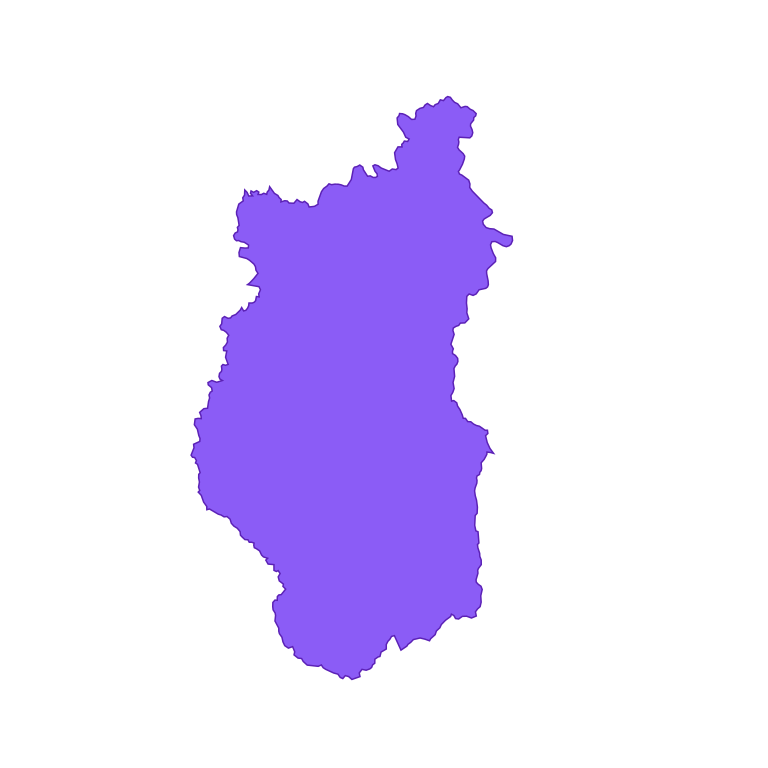 Torixoréu, Mato Grosso, Brazil, rotated 321°
{"feature_id": "56859067B4494078996618", "entity_name": "Torixoréu", "entity_type": "district", "adm_level": 2, "iso_a3": "BRA", "parent_name": "Brazil", "parent_adm1": "Mato Grosso", "projection": "equal_earth", "projection_center": [-52.851, -16.299], "detail": "fine", "context": "isolated", "style": "filled", "palette": "violet", "viewbox_px": 768, "rotation_deg": 321, "n_neighbors": 0, "source": "geoboundaries", "source_scale": "gbopen_adm2", "svg_char_len": 6171}
<svg xmlns="http://www.w3.org/2000/svg" viewBox="0 0 768 768"><g transform="rotate(321 384 384)"><path d="M173.1,593.4L181.2,596.3L182.9,593.0L187.3,591.9L190.0,595.2L193.7,596.5L196.0,596.5L198.4,595.1L201.1,595.2L203.7,592.1L207.6,592.4L209.4,593.2L213.0,590.5L219.0,591.4L221.8,587.9L225.2,586.4L227.8,586.1L231.0,584.9L233.7,586.1L229.7,601.5L236.8,602.1L238.8,601.4L242.1,601.6L246.0,601.1L252.2,604.1L255.2,608.0L257.8,612.2L260.0,611.3L266.0,611.0L269.3,608.9L274.0,608.6L277.2,607.0L283.2,606.3L289.5,606.6L291.5,605.3L292.6,607.8L292.0,611.3L294.1,613.6L298.7,613.9L302.1,616.5L304.7,620.9L309.7,622.4L311.7,618.6L315.1,617.7L318.6,617.5L322.2,614.7L325.9,609.5L331.0,605.5L332.1,602.2L331.2,599.0L331.0,596.1L332.3,594.1L337.9,590.2L339.7,587.6L341.5,586.7L345.9,585.6L348.8,581.9L350.0,578.2L351.8,575.8L353.9,570.3L355.6,567.6L357.7,567.3L364.1,558.0L363.0,555.9L365.5,551.0L372.1,543.6L375.0,543.1L379.1,538.5L382.8,532.5L384.6,528.3L387.1,524.1L389.4,522.1L393.7,519.5L395.6,517.5L396.7,515.3L398.4,514.0L401.3,514.4L402.9,512.9L404.9,512.5L406.7,511.1L409.9,506.4L414.4,505.6L417.1,504.5L419.6,503.4L421.2,501.7L423.7,504.3L425.5,506.8L425.8,500.7L427.4,494.4L430.4,488.1L433.6,487.8L435.3,485.0L433.5,483.6L431.6,476.9L429.7,474.4L428.4,471.5L427.7,468.0L425.4,465.9L425.7,462.0L424.0,460.5L425.4,457.2L426.9,451.7L427.3,447.4L428.7,444.4L427.8,440.8L425.8,439.8L428.7,435.1L432.2,433.8L435.6,431.7L438.6,426.3L443.7,422.5L448.1,416.0L450.8,414.8L453.0,414.5L455.6,413.0L457.4,410.4L457.5,406.8L456.4,403.5L458.0,401.5L460.0,400.3L461.0,395.2L469.7,389.6L471.3,385.7L473.1,384.1L476.2,384.5L478.9,385.5L481.6,384.7L485.3,387.4L490.9,386.7L493.2,380.7L495.9,377.9L499.0,373.0L503.5,368.0L506.8,367.6L509.0,371.2L512.3,372.0L517.2,370.6L523.3,373.7L525.6,373.7L527.6,372.5L529.8,369.4L533.2,362.9L534.9,360.6L537.4,359.7L547.8,359.0L550.2,356.2L551.0,351.5L552.9,345.6L554.4,342.8L557.4,341.3L560.1,343.2L561.4,345.7L563.5,351.4L565.5,354.3L568.3,355.3L570.8,355.2L574.2,353.4L576.5,349.8L570.9,342.9L567.0,332.8L563.8,329.7L561.8,326.7L561.7,322.3L563.2,319.4L565.8,318.8L572.7,319.8L576.1,319.1L577.3,316.6L576.3,313.6L576.3,309.6L575.5,306.1L574.0,289.7L574.3,285.2L576.7,282.6L578.1,278.9L576.0,270.7L574.8,268.3L575.6,265.6L577.4,265.2L583.3,262.6L588.0,259.7L590.1,257.7L590.5,254.8L589.7,249.2L590.1,246.3L592.7,244.7L594.5,243.0L595.6,240.8L597.7,239.5L605.6,246.7L608.3,246.5L611.1,244.6L612.5,241.8L613.5,238.0L615.1,236.3L619.7,235.3L621.5,233.4L624.0,233.3L625.8,231.9L625.3,227.5L623.9,224.7L623.2,220.8L621.7,219.3L617.6,217.7L617.6,212.6L616.1,209.5L615.8,206.3L616.0,203.0L614.4,200.7L612.3,200.4L608.6,201.2L606.6,198.6L602.7,200.1L599.5,199.1L597.0,199.7L595.4,196.9L594.3,193.3L591.5,193.0L588.7,193.9L585.4,192.4L581.3,192.0L579.0,193.6L577.5,195.9L574.6,197.7L571.9,195.7L571.2,191.6L569.8,187.9L568.5,185.7L566.3,183.6L564.6,184.9L561.6,185.5L558.0,191.0L557.6,200.5L556.2,205.9L557.7,209.4L555.0,210.4L552.7,208.0L550.5,208.8L548.6,208.9L547.2,211.1L544.1,208.5L537.8,210.9L534.2,216.8L532.8,221.0L530.9,225.0L528.3,225.0L525.7,222.1L521.9,221.9L517.8,214.5L516.8,210.7L514.9,207.9L512.6,207.5L510.9,213.0L510.9,216.3L509.5,218.5L507.5,218.2L505.6,216.7L504.3,213.6L502.0,212.2L502.8,204.6L504.0,202.2L503.0,198.6L500.0,198.1L497.5,196.9L495.7,197.4L487.3,204.5L479.9,207.0L477.7,205.2L476.0,202.2L474.2,200.0L471.5,197.7L468.7,196.1L467.2,193.8L464.3,194.3L460.1,194.1L456.4,195.2L447.8,200.4L445.9,202.8L441.8,202.2L437.2,199.3L438.2,196.1L437.2,192.0L435.0,191.7L433.5,189.6L432.5,185.9L427.7,186.8L424.1,183.6L424.0,180.9L422.2,179.1L418.5,177.6L420.2,175.9L419.8,173.2L420.2,170.7L418.8,166.9L419.3,158.7L416.7,160.8L413.9,161.4L412.2,162.8L410.6,160.1L407.9,159.6L405.4,157.4L407.5,156.1L406.7,153.6L403.3,153.0L402.2,150.3L400.3,151.7L400.3,155.1L397.2,152.8L398.2,148.9L397.9,145.6L394.5,149.4L391.4,150.4L389.9,153.1L384.4,152.8L377.7,157.4L376.1,159.6L375.1,162.8L371.2,169.6L368.6,170.0L367.6,172.2L365.9,173.6L363.4,173.0L360.5,174.0L359.1,177.3L359.5,179.8L361.4,181.1L362.4,183.4L364.6,185.9L366.2,190.8L364.2,192.8L361.6,191.0L358.3,187.7L354.0,190.6L351.8,193.9L356.3,200.1L357.4,203.3L358.4,209.0L357.9,212.0L356.1,215.0L355.7,218.7L349.1,220.2L342.9,221.0L340.5,220.9L348.1,229.7L347.3,233.0L343.3,235.1L341.8,237.7L339.9,235.7L336.7,238.4L334.8,238.8L332.6,238.2L330.0,236.1L328.1,238.0L325.7,239.2L323.0,239.8L320.9,238.9L321.5,235.0L318.8,236.1L312.6,236.7L308.7,235.5L306.4,236.1L304.1,234.8L302.5,231.2L299.6,231.1L295.7,235.1L292.7,235.9L291.7,239.4L293.2,241.5L294.0,244.6L294.0,248.4L290.9,249.7L288.7,252.9L285.6,254.1L282.1,254.6L280.4,257.1L282.6,259.4L277.7,263.5L275.2,270.7L272.6,269.7L271.1,267.5L268.9,267.8L267.2,270.6L265.6,271.9L262.9,272.2L260.4,274.4L259.6,276.9L260.6,279.6L255.1,277.4L252.4,272.9L248.1,272.1L246.9,274.0L247.7,278.3L246.1,281.3L243.8,281.1L241.1,282.4L239.7,285.1L236.6,287.2L231.6,291.8L228.5,289.8L222.9,290.0L221.8,293.5L220.2,295.9L217.9,293.7L215.2,292.3L211.0,296.3L210.5,301.7L207.7,307.4L206.7,310.6L204.7,312.7L198.1,311.0L196.2,314.0L189.3,317.9L189.1,320.4L190.6,322.0L190.0,325.5L187.8,326.7L188.5,329.1L185.3,337.2L183.2,337.6L180.8,340.4L178.9,344.0L175.0,347.4L173.8,350.8L171.6,351.1L171.9,355.6L169.5,362.3L169.2,367.6L167.2,370.2L169.7,371.3L173.3,380.9L174.9,383.2L176.1,386.6L178.6,388.2L179.3,392.2L177.7,396.2L177.9,400.0L179.2,403.7L179.3,408.1L177.3,411.2L177.5,413.9L178.0,417.4L180.2,419.4L179.7,422.2L181.5,423.6L182.9,425.8L181.3,427.4L180.2,429.6L181.2,431.7L182.3,435.4L181.2,439.9L181.5,442.5L183.9,446.2L181.3,446.5L180.6,451.0L184.8,455.1L181.2,459.6L182.4,462.0L184.3,462.4L184.0,465.9L180.4,467.3L178.7,471.1L179.9,476.2L178.1,477.7L178.5,481.5L171.6,483.0L169.4,481.7L167.3,482.1L164.9,484.9L163.3,483.3L160.2,483.8L157.5,486.9L155.7,489.7L155.3,493.4L154.1,495.6L150.1,499.6L148.6,507.4L146.6,510.0L145.6,512.2L145.3,516.6L143.2,520.8L142.2,524.9L143.5,529.1L147.7,530.6L146.1,535.9L143.6,537.9L144.7,542.9L147.2,545.5L146.6,548.8L147.4,554.1L155.2,562.0L158.5,562.9L158.2,566.2L159.1,569.0L163.0,576.9L165.6,580.5L165.3,584.5L166.6,587.0L170.4,586.3L172.4,589.1L173.1,593.4Z" fill="#8b5cf6" stroke="#5b21b6" stroke-width="1.5"/></g></svg>